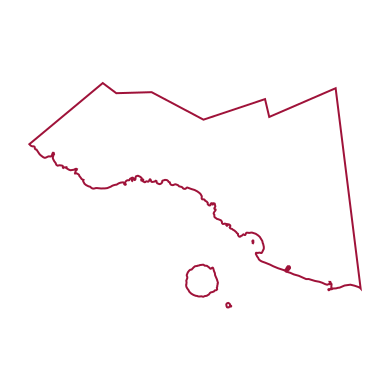 Bogia District, Madang, Papua New Guinea, rotated 173°
{"feature_id": "67681753B59522358603410", "entity_name": "Bogia District", "entity_type": "district", "adm_level": 2, "iso_a3": "PNG", "parent_name": "Papua New Guinea", "parent_adm1": "Madang", "projection": "orthographic", "projection_center": [145.006, -4.34], "detail": "fine", "context": "isolated", "style": "outline", "palette": "rose", "viewbox_px": 384, "rotation_deg": 173, "n_neighbors": 0, "source": "geoboundaries", "source_scale": "gbopen_adm2", "svg_char_len": 6013}
<svg xmlns="http://www.w3.org/2000/svg" viewBox="0 0 384 384"><g transform="rotate(173 192 192)"><path d="M36.8,277.5L106.2,257.1L108.2,275.3L171.8,262.4L219.9,296.0L255.1,299.3L267.3,311.0L347.6,259.3L346.6,257.9L345.9,257.3L344.7,256.7L343.9,256.7L343.0,256.3L342.6,255.6L342.7,254.4L342.4,253.7L342.0,253.3L341.2,253.1L338.8,248.3L337.9,247.1L335.7,244.9L334.7,244.2L334.0,243.9L333.1,243.9L330.3,244.8L329.5,244.8L328.4,244.5L327.4,244.6L326.6,245.4L325.7,247.4L325.2,247.9L324.5,247.7L324.3,246.3L325.0,245.5L325.9,243.4L326.0,242.2L325.1,239.6L323.8,237.3L323.5,236.0L323.1,235.2L322.1,234.5L320.3,234.7L317.9,234.1L317.2,233.7L317.0,232.8L317.2,231.9L316.9,231.6L316.2,232.2L315.8,232.1L314.8,231.6L314.1,232.0L313.7,232.0L313.4,231.8L313.5,230.9L313.0,230.3L311.2,229.0L309.9,228.4L306.5,228.5L305.8,228.8L304.8,229.1L304.2,229.2L303.4,228.7L303.9,227.8L304.5,227.5L305.1,226.8L305.3,225.6L305.9,225.0L305.8,224.6L304.4,224.6L303.5,224.1L302.4,223.2L302.0,222.6L301.8,221.5L301.0,220.3L299.9,218.2L298.2,217.2L298.7,216.5L298.7,215.9L297.7,213.3L296.3,211.8L294.1,210.3L292.4,209.6L291.7,208.7L290.8,207.9L289.7,207.4L288.2,207.4L287.1,207.6L285.9,207.5L281.9,206.6L277.9,206.2L275.6,206.2L271.9,207.2L270.7,207.8L269.3,208.2L267.3,208.5L265.9,208.5L263.8,209.5L261.7,210.0L259.2,210.0L258.4,209.4L258.3,208.0L257.9,207.5L257.1,207.3L256.8,207.6L256.9,208.1L257.4,208.8L257.3,209.6L256.1,210.9L254.9,211.5L254.1,211.5L253.5,211.3L252.8,211.4L251.8,212.7L249.6,213.5L249.0,213.4L248.3,212.6L248.0,211.5L247.5,210.9L247.0,211.0L246.7,211.3L246.4,212.4L246.4,213.0L245.9,214.0L245.6,214.4L244.1,214.7L243.4,214.6L241.4,213.3L240.3,212.0L240.2,211.4L241.0,210.3L240.8,209.5L240.5,209.4L239.7,210.4L239.3,210.5L238.9,210.2L238.9,209.7L239.5,209.1L239.4,208.6L237.9,207.5L237.2,207.5L236.2,208.1L235.5,208.1L234.5,207.6L234.1,207.6L233.7,207.8L233.0,208.6L232.7,209.3L232.3,209.7L232.0,209.7L231.6,209.3L231.2,207.4L230.8,207.0L230.2,206.8L228.1,206.9L227.4,207.1L226.8,207.6L226.4,207.5L225.9,207.1L225.9,205.7L225.4,204.9L223.5,203.8L222.6,203.8L221.6,204.2L220.8,204.8L220.4,205.4L220.3,206.3L220.0,206.7L219.3,207.0L218.6,207.0L217.7,207.3L216.5,207.2L215.2,206.7L214.4,205.9L214.1,205.1L213.6,204.6L213.1,204.5L212.8,204.2L212.8,203.3L212.3,202.2L211.7,201.6L210.6,201.2L209.5,201.2L208.8,201.5L207.7,201.7L206.8,201.4L205.1,200.5L204.1,199.2L201.7,198.3L200.9,197.6L200.5,196.8L199.9,196.3L198.9,196.0L198.0,196.0L196.8,196.9L196.1,197.0L192.2,195.0L189.2,193.7L186.6,191.9L184.6,190.0L183.7,188.8L182.8,186.6L183.2,184.5L182.9,183.7L182.7,183.5L181.0,183.2L180.4,182.7L180.3,182.1L179.8,181.6L178.6,180.7L177.7,179.3L177.9,178.1L177.4,177.3L176.8,176.7L176.3,176.5L175.5,176.6L175.3,176.9L174.9,178.0L174.4,178.4L173.7,178.5L173.2,178.3L173.1,177.1L172.7,177.1L172.0,178.1L171.8,178.2L170.9,177.7L170.6,175.0L170.7,174.6L171.8,173.2L171.8,172.7L171.6,172.3L170.8,171.9L170.7,171.5L171.0,170.8L172.0,169.9L173.1,168.3L173.1,167.7L172.6,166.8L172.8,165.3L172.6,164.2L170.3,162.1L169.3,161.8L166.8,160.4L166.0,159.1L166.0,157.5L165.8,157.1L165.2,156.5L164.2,156.4L163.7,156.6L163.2,156.6L162.2,156.2L159.2,155.3L158.5,154.7L158.1,154.1L158.1,153.6L158.3,153.0L158.9,152.3L158.6,151.5L158.1,151.0L156.8,150.5L156.0,149.6L154.6,148.6L154.0,147.9L153.0,146.8L152.5,145.8L151.5,144.9L151.6,143.8L151.0,142.4L150.6,142.0L150.1,141.8L149.3,141.9L148.7,142.4L147.6,142.7L146.4,143.6L146.1,143.7L145.0,142.9L144.4,142.9L144.0,143.4L143.4,144.5L142.8,144.9L141.6,144.8L140.3,144.4L138.2,144.5L137.4,144.4L133.9,142.8L131.8,141.0L130.2,139.2L128.2,134.8L128.0,132.6L127.7,131.8L127.4,128.7L127.7,126.8L129.2,124.5L130.0,123.3L130.5,123.0L131.2,123.1L131.9,123.5L132.5,123.6L134.1,123.5L135.4,123.8L135.8,123.8L136.2,122.8L135.2,120.0L134.4,118.7L133.8,116.9L132.4,115.4L130.9,114.4L128.1,113.0L123.4,110.4L120.4,108.4L115.8,105.8L111.1,103.6L109.6,102.8L108.1,101.3L107.8,101.2L107.5,101.3L107.6,102.1L106.8,103.0L106.5,103.7L106.7,103.9L107.1,104.0L107.5,103.9L108.7,103.1L108.9,103.1L108.9,103.4L107.6,104.5L107.2,105.4L106.0,106.6L104.6,106.5L104.2,106.1L103.9,105.3L104.0,104.5L105.3,103.1L106.8,102.2L107.0,101.7L106.8,101.1L106.6,100.8L104.3,99.8L101.0,97.8L96.2,95.8L89.4,91.7L86.8,91.4L80.7,88.7L76.6,87.4L73.9,86.1L71.0,84.3L69.4,83.6L68.9,83.5L67.7,83.9L66.5,83.7L66.2,83.8L66.1,84.3L66.4,86.0L65.7,85.9L65.7,85.5L64.7,83.5L65.3,80.8L65.0,79.7L65.9,79.3L66.4,79.0L66.1,78.5L65.0,78.5L63.6,79.0L60.7,78.8L58.9,79.1L57.1,79.1L51.9,80.6L46.1,80.7L42.1,79.2L38.6,77.5L36.9,76.4L36.4,75.7L36.8,277.5ZM193.8,86.7L193.3,86.7L192.2,87.1L190.0,87.2L188.8,87.8L187.9,88.1L186.3,89.7L185.4,90.1L184.0,90.2L182.4,90.6L181.4,91.5L179.9,91.6L179.5,91.8L178.9,92.4L179.0,94.1L178.5,94.9L178.3,96.1L177.8,97.2L177.8,97.9L177.3,98.6L177.9,102.2L179.2,106.6L179.2,108.7L179.8,110.8L180.3,113.9L180.7,114.4L181.0,114.4L181.3,114.1L181.8,114.1L182.5,113.6L183.0,113.6L183.6,114.1L184.2,115.0L186.2,116.9L188.5,117.4L189.2,118.2L189.8,118.5L193.1,118.5L194.0,118.2L195.2,118.2L195.6,118.0L198.1,117.9L199.4,117.1L201.8,115.1L203.3,115.0L204.4,114.3L205.9,112.8L207.3,110.3L207.4,109.5L207.1,108.8L207.1,107.3L208.5,104.6L208.4,103.1L208.9,100.9L209.1,100.7L209.2,99.4L209.0,98.1L208.2,96.3L207.6,95.4L206.8,93.3L205.1,91.2L203.0,89.6L200.9,88.5L199.6,88.2L198.8,87.7L197.6,87.4L195.3,87.3L193.8,86.7ZM171.2,73.3L170.8,73.1L169.6,73.0L168.7,73.7L167.4,73.5L167.0,73.9L167.0,74.1L168.0,75.2L168.0,75.9L168.6,76.8L169.5,77.5L170.3,77.4L171.0,77.1L171.4,76.7L171.7,76.0L171.6,74.3L171.2,73.3ZM105.9,105.9L106.4,105.3L106.4,104.6L106.3,104.2L105.7,103.7L105.4,103.7L104.9,104.1L104.7,105.2L105.2,106.0L105.9,105.9ZM137.4,136.5L137.9,136.2L138.1,135.6L137.9,135.0L138.0,133.9L137.7,133.7L137.4,134.1L137.2,134.6L137.1,136.3L137.4,136.5ZM68.3,78.9L68.6,78.4L68.3,77.9L67.8,77.9L67.5,78.2L67.5,78.5L67.8,78.9L68.3,78.9ZM161.1,155.2L161.8,154.7L161.4,154.2L160.7,154.6L160.7,155.0L161.1,155.2ZM250.2,211.2L250.2,210.5L250.0,210.3L249.8,210.5L249.8,211.3L250.0,211.4L250.2,211.2Z" fill="none" stroke="#9f1239" stroke-width="2"/></g></svg>